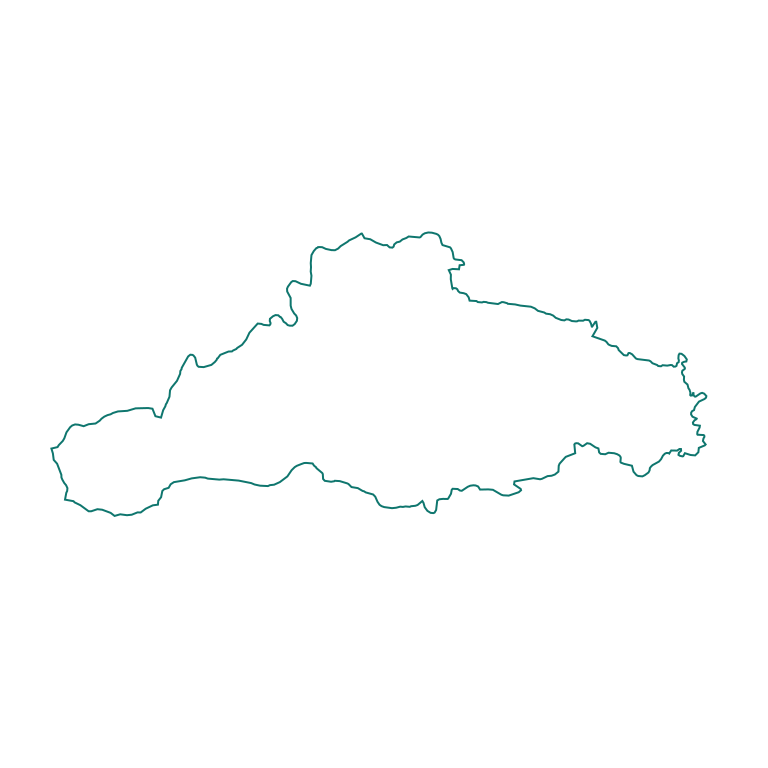 outline of Orotina, Alajuela, Costa Rica, rotated 185°
{"feature_id": "36466004B51019647816434", "entity_name": "Orotina", "entity_type": "district", "adm_level": 2, "iso_a3": "CRI", "parent_name": "Costa Rica", "parent_adm1": "Alajuela", "projection": "orthographic", "projection_center": [-84.58, 9.893], "detail": "fine", "context": "isolated", "style": "outline", "palette": "teal", "viewbox_px": 768, "rotation_deg": 185, "n_neighbors": 0, "source": "geoboundaries", "source_scale": "gbopen_adm2", "svg_char_len": 6066}
<svg xmlns="http://www.w3.org/2000/svg" viewBox="0 0 768 768"><g transform="rotate(185 384 384)"><path d="M691.7,241.0L683.1,240.2L681.9,239.1L675.9,236.8L667.2,231.5L664.6,231.7L658.6,234.3L653.8,234.2L645.1,231.8L640.9,229.1L635.4,231.2L628.6,230.9L623.9,231.8L618.4,234.6L615.2,234.8L610.5,239.0L603.7,243.0L598.7,244.1L598.7,248.0L596.2,251.8L595.5,258.1L593.9,260.0L589.5,261.8L587.8,265.5L584.8,267.9L574.0,270.7L567.4,273.2L559.0,275.1L554.0,275.1L551.3,274.4L539.7,274.4L535.5,275.1L520.3,275.1L507.6,273.7L504.2,272.6L498.6,271.9L490.7,272.2L488.8,273.3L484.7,274.1L479.2,277.2L472.2,283.5L468.5,290.1L465.7,293.4L463.7,294.9L459.3,297.1L456.7,298.3L454.7,298.6L448.2,298.6L446.6,296.6L444.3,295.0L444.0,294.3L437.7,289.9L437.1,288.9L436.4,284.1L434.6,282.4L428.2,282.0L425.1,282.8L424.6,283.3L419.6,283.4L412.0,281.8L410.7,281.3L407.4,278.5L401.0,278.0L396.0,275.6L394.6,275.4L392.7,274.4L385.2,273.0L382.9,271.0L380.2,266.1L377.9,263.3L375.8,262.1L373.1,261.4L365.2,261.0L361.1,261.8L357.2,263.2L354.4,263.2L351.9,263.9L347.6,263.9L346.4,264.6L342.2,265.4L340.0,266.4L335.6,270.8L334.3,269.0L332.7,264.8L329.7,261.4L326.3,259.7L323.5,259.7L322.4,260.3L321.1,263.0L320.8,272.6L318.8,274.0L315.2,274.7L310.7,275.0L310.1,275.4L307.7,280.5L307.3,284.5L306.5,285.6L301.4,285.8L299.1,284.5L297.2,284.4L291.6,288.9L289.2,290.2L286.1,290.9L283.8,290.9L281.3,290.1L279.1,287.2L270.9,288.1L266.3,288.1L257.4,283.9L255.6,283.5L250.0,283.7L240.4,287.9L238.2,290.1L238.7,291.4L245.7,295.3L245.5,298.3L227.0,303.2L220.2,302.7L218.4,303.3L213.0,306.5L209.1,307.2L205.9,308.7L202.6,311.9L202.8,317.8L202.1,320.0L197.2,326.5L196.5,327.3L187.5,331.7L189.1,340.4L188.4,341.4L187.2,341.8L185.4,341.8L181.1,339.3L179.9,339.8L176.5,342.7L173.4,342.4L167.8,339.3L164.8,338.5L163.7,334.6L162.1,333.3L157.5,333.3L154.3,335.1L148.7,335.1L145.6,334.4L143.2,333.3L142.1,332.1L141.7,331.1L141.7,327.0L141.1,326.3L138.0,325.4L129.9,324.2L127.8,318.4L124.5,315.2L122.7,314.5L118.5,314.5L116.2,315.9L112.8,318.9L111.9,321.1L111.8,323.4L110.9,324.9L109.4,326.6L103.3,330.7L101.4,333.3L99.9,336.9L98.2,339.0L96.6,339.9L94.3,340.0L93.8,339.6L92.1,342.8L86.2,343.2L84.0,345.0L82.5,345.1L82.2,343.4L84.2,341.2L84.5,339.1L83.1,338.3L80.4,337.9L79.6,338.2L78.2,341.3L72.4,340.0L67.8,340.0L64.9,343.4L64.8,347.8L59.1,350.8L58.3,351.8L61.3,355.0L61.0,357.6L60.2,359.3L60.5,360.6L61.2,361.0L67.2,360.8L67.6,361.4L67.6,363.7L65.8,368.1L65.7,370.0L71.2,370.3L72.5,371.0L72.9,372.6L71.5,374.9L69.7,376.2L69.5,376.8L73.8,378.3L75.4,380.4L75.5,382.2L74.7,383.8L72.9,385.0L72.3,388.2L68.7,393.9L63.4,397.0L62.0,398.5L61.8,400.1L64.2,402.3L66.3,402.9L68.0,402.2L72.4,398.6L73.3,398.6L74.6,399.7L75.0,402.7L76.2,399.4L77.5,399.2L78.0,399.7L78.0,402.1L79.2,405.0L80.3,406.2L81.6,409.9L85.0,412.4L85.6,414.4L85.7,417.6L87.7,419.9L88.2,421.6L87.9,423.3L85.8,425.1L85.6,425.9L85.9,426.7L88.9,429.9L88.8,431.2L86.9,432.3L84.8,432.8L84.5,434.9L87.2,438.1L90.2,440.0L92.3,440.0L93.0,438.4L93.0,435.2L92.3,433.2L92.4,431.4L93.9,430.2L94.2,427.6L95.2,426.8L96.9,426.5L98.7,427.9L100.1,427.9L103.4,427.0L108.1,427.0L109.6,425.8L112.4,425.8L113.5,426.7L118.4,428.1L120.4,429.8L122.0,430.5L133.8,430.9L135.3,431.4L139.4,435.2L141.9,436.3L143.1,436.1L144.0,433.8L145.3,433.5L147.6,433.7L153.2,438.3L153.9,440.0L155.9,441.8L160.5,441.8L162.7,442.5L163.9,443.0L166.0,445.3L167.8,446.5L180.5,449.7L176.4,458.5L178.0,464.5L178.8,464.4L181.6,459.3L182.0,459.3L183.1,462.3L184.7,464.8L185.7,465.5L189.4,465.5L191.2,464.4L195.8,464.1L196.8,463.4L198.1,463.1L202.3,463.1L205.7,464.3L208.0,464.3L209.8,463.1L213.0,463.2L218.7,464.9L221.4,466.9L224.6,468.0L228.7,468.2L230.6,469.2L237.0,470.3L240.4,472.5L244.4,473.8L255.0,474.0L260.3,474.7L267.7,474.7L268.3,475.2L271.9,475.9L273.7,475.9L277.4,473.6L287.6,474.0L289.1,474.5L291.9,474.5L293.5,473.8L297.7,473.8L299.1,474.7L306.0,474.5L307.2,477.7L309.9,480.7L312.5,481.4L316.5,481.7L318.2,483.0L319.3,484.8L320.6,485.6L323.4,485.6L323.9,484.7L324.2,485.0L326.6,494.2L326.9,498.8L329.4,503.1L325.7,504.6L319.3,504.8L319.0,508.9L314.8,509.7L314.6,510.4L315.2,512.1L317.5,514.1L323.9,514.3L325.1,514.9L325.6,515.6L327.1,521.4L329.1,524.9L330.1,525.9L337.8,527.5L339.1,529.7L340.3,533.5L341.8,536.2L343.2,537.4L344.9,538.1L349.4,538.9L353.1,538.8L356.5,537.7L358.6,536.2L360.5,533.5L361.4,533.1L372.3,533.1L374.5,531.4L378.2,529.6L380.7,527.2L383.7,526.2L386.0,523.9L386.4,521.7L387.5,520.6L390.3,520.6L393.1,522.7L396.9,522.2L404.3,524.2L410.3,527.0L416.1,527.5L419.1,531.9L419.7,531.9L425.1,527.6L431.3,524.0L432.7,522.5L439.2,517.6L441.5,514.9L444.5,513.0L448.0,512.8L453.7,513.5L457.5,514.9L460.4,514.8L461.7,514.6L462.0,514.0L463.2,513.5L465.5,510.4L467.5,506.1L467.5,498.1L466.9,494.0L466.8,489.6L465.7,485.5L465.7,477.5L466.4,475.5L475.5,476.6L481.1,478.7L483.9,478.6L485.3,477.4L488.2,472.6L488.9,470.5L488.5,467.7L484.5,461.6L483.8,453.9L482.7,450.7L479.6,446.4L477.5,444.6L476.2,442.1L476.3,439.3L478.2,435.9L480.2,434.1L483.0,433.9L485.1,434.3L487.0,436.0L489.4,437.3L491.2,440.1L492.9,441.8L493.6,441.8L495.2,443.2L498.1,443.2L500.5,441.8L503.3,439.0L503.3,436.8L502.3,434.8L502.5,433.4L503.3,432.4L509.1,432.4L511.4,433.2L515.1,433.2L522.5,423.4L525.1,416.4L528.8,410.7L533.4,407.1L534.2,406.0L537.3,404.2L538.3,403.2L541.7,402.8L549.6,398.8L551.9,395.1L552.5,394.8L552.8,393.5L554.4,391.2L557.6,388.0L565.1,385.1L570.2,385.0L571.3,385.8L572.1,386.9L574.4,393.8L576.3,395.8L577.3,396.3L579.5,396.3L581.5,394.4L586.9,382.5L587.0,381.1L588.0,379.2L588.0,376.3L590.5,369.1L595.3,362.0L596.6,359.1L596.6,352.6L598.8,346.0L599.5,344.8L599.9,342.7L601.7,338.7L603.2,331.1L608.9,332.0L612.5,339.2L616.8,339.5L629.3,338.1L637.4,334.9L646.6,333.5L651.5,331.5L653.7,330.0L656.7,328.9L659.8,327.1L662.4,324.8L664.0,322.7L667.9,319.5L674.7,318.2L679.5,315.8L684.9,316.8L688.2,316.8L691.0,315.5L692.9,313.6L696.1,308.2L697.7,302.1L699.0,299.3L702.7,294.7L703.7,292.7L709.7,290.7L707.8,286.0L706.4,279.6L702.7,276.1L697.5,265.4L697.2,262.8L696.1,260.7L693.9,257.5L691.9,255.5L690.3,252.7L690.3,249.8L691.0,248.0L691.7,241.0Z" fill="none" stroke="#0f766e" stroke-width="2"/></g></svg>